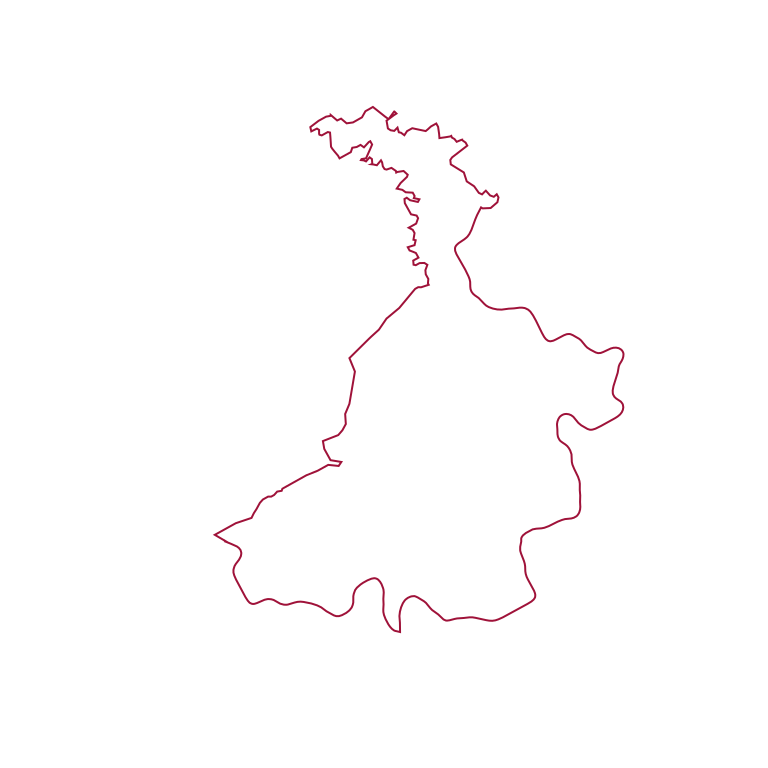 the district of Comendador, La Estrelleta, Dominican Republic, rotated 61°
{"feature_id": "3306468B70878351440693", "entity_name": "Comendador", "entity_type": "district", "adm_level": 2, "iso_a3": "DOM", "parent_name": "Dominican Republic", "parent_adm1": "La Estrelleta", "projection": "robinson", "projection_center": [-71.739, 18.919], "detail": "fine", "context": "isolated", "style": "outline", "palette": "rose", "viewbox_px": 768, "rotation_deg": 61, "n_neighbors": 0, "source": "geoboundaries", "source_scale": "gbopen_adm2", "svg_char_len": 6154}
<svg xmlns="http://www.w3.org/2000/svg" viewBox="0 0 768 768"><g transform="rotate(61 384 384)"><path d="M278.1,212.7L278.8,211.4L281.8,205.4L281.3,203.0L280.0,196.7L276.3,193.4L272.7,193.4L273.5,197.2L270.5,199.8L264.3,201.2L264.7,203.0L265.7,206.3L262.8,208.4L254.8,209.3L246.9,213.4L237.7,211.6L224.3,219.1L220.2,217.4L218.8,214.6L215.9,195.6L212.4,195.6L208.6,197.4L208.2,197.2L208.0,197.8L207.4,203.0L203.9,203.6L201.4,205.1L199.6,204.9L199.6,206.0L198.1,210.3L195.8,216.3L192.1,214.6L185.3,212.0L181.5,212.0L181.5,218.0L182.5,222.2L183.0,224.9L176.0,233.0L174.4,234.8L174.0,235.3L174.0,241.3L174.4,242.0L176.3,245.6L172.5,247.3L171.0,249.0L166.3,247.9L167.6,252.3L165.3,255.2L162.4,256.7L154.9,254.1L154.6,251.6L150.7,253.4L136.3,259.4L136.4,263.6L136.4,265.5L136.4,268.0L140.1,274.0L140.2,284.3L137.9,290.3L131.1,292.9L130.8,297.2L122.8,300.2L123.6,300.7L122.1,305.0L122.1,313.6L123.6,323.9L127.8,325.1L128.1,318.8L130.3,317.6L133.8,319.5L134.7,319.6L136.4,317.9L136.4,311.0L137.9,309.3L141.7,311.0L147.0,313.5L150.8,315.3L153.0,315.2L157.1,314.5L162.1,313.5L165.1,313.5L165.1,300.6L162.0,297.2L163.5,292.9L163.5,289.3L163.5,288.6L167.3,286.8L166.9,285.6L165.0,280.0L165.0,278.3L168.8,278.3L172.2,282.7L177.9,290.3L176.4,294.6L177.0,295.6L178.6,293.3L180.6,291.8L178.8,286.7L181.4,285.5L185.8,287.5L185.7,288.5L186.9,286.8L189.2,284.2L186.9,278.2L189.2,278.2L193.1,279.5L196.3,279.3L197.7,277.8L198.6,272.7L203.4,270.3L205.0,270.8L205.0,269.6L207.2,263.6L212.5,261.8L214.0,263.5L216.3,272.1L219.3,278.1L223.1,273.8L226.8,272.1L230.6,266.1L234.4,266.1L235.9,267.8L239.6,263.5L241.2,266.1L239.7,267.8L235.9,272.1L232.1,273.8L232.1,274.3L232.2,275.2L232.1,275.6L232.1,276.4L235.9,278.1L248.7,278.1L252.5,273.8L255.5,273.8L259.3,278.1L259.3,286.6L263.1,284.1L266.8,284.1L272.1,288.3L273.6,286.6L277.4,290.0L277.2,290.7L275.9,296.9L279.6,296.9L282.7,294.3L284.9,292.6L290.2,292.6L290.2,298.6L294.0,300.3L294.5,299.7L295.5,298.6L295.5,294.3L297.7,290.0L300.8,288.3L304.5,292.6L308.3,294.3L313.6,294.3L317.3,296.8L318.9,296.8L317.4,304.6L315.9,307.2L315.9,310.6L317.3,314.3L324.9,333.8L328.0,350.1L334.0,362.1L336.4,372.3L337.1,375.0L344.6,401.7L359.0,403.4L384.6,423.9L387.3,427.3L391.4,432.5L400.5,436.8L404.3,442.8L406.5,448.8L404.3,465.1L411.8,467.7L424.7,467.7L431.5,459.1L433.7,463.4L431.8,466.1L427.7,472.0L427.7,484.0L426.2,496.1L426.3,523.6L427.8,525.3L426.3,529.6L427.8,533.9L427.8,537.3L426.3,539.9L426.3,545.9L427.8,550.2L431.6,556.2L433.9,560.5L436.9,564.8L433.9,581.1L433.9,605.1L445.4,598.3L445.4,598.7L449.6,595.3L454.8,591.4L457.1,590.4L459.7,590.0L462.3,590.6L463.4,591.2L465.3,592.8L467.4,596.0L469.5,600.8L470.8,603.0L472.6,604.9L473.6,605.8L476.0,607.1L478.9,607.8L483.3,608.2L503.3,608.5L507.5,608.2L510.1,607.6L511.2,606.9L512.3,606.0L513.0,605.0L513.5,603.8L514.0,601.3L514.8,593.1L515.6,590.3L516.2,589.1L517.6,587.0L519.4,585.2L525.8,581.3L528.5,578.5L529.8,576.3L530.3,575.0L531.8,568.1L532.6,565.3L533.9,562.5L535.7,559.9L540.7,554.0L545.2,549.8L548.9,547.2L554.9,544.5L562.1,540.0L563.9,538.3L565.2,535.9L565.8,532.9L565.9,528.1L565.4,524.9L565.0,523.4L563.8,520.6L562.1,518.5L560.2,516.8L554.7,513.7L552.8,512.1L550.2,509.1L549.0,506.4L548.0,501.8L547.7,498.6L547.7,493.8L548.2,489.4L549.1,486.7L550.0,485.5L551.2,484.5L552.4,483.9L555.1,483.3L557.9,483.2L562.2,483.8L563.7,484.2L566.2,485.3L571.7,488.8L576.5,491.2L580.8,493.9L583.1,495.1L586.0,496.0L590.4,496.6L596.3,496.7L599.2,496.4L601.9,495.8L604.4,494.7L605.4,493.9L608.7,490.2L600.5,485.8L594.4,483.0L590.8,480.4L587.6,477.3L584.9,473.8L583.5,471.1L583.0,469.7L582.6,466.9L582.8,464.1L583.1,462.8L584.2,460.3L585.1,459.4L587.0,458.0L593.3,454.4L595.8,453.4L602.4,452.2L605.0,451.5L611.8,448.3L618.8,446.1L620.8,444.6L621.5,443.6L622.4,441.3L623.7,436.2L624.5,433.7L627.3,427.7L629.5,422.4L631.0,419.7L632.9,417.3L640.1,409.1L642.0,406.7L643.6,404.1L644.7,401.2L645.3,398.0L645.7,393.2L645.9,365.1L645.7,360.5L645.1,357.7L644.5,356.4L643.7,355.2L642.6,354.4L641.5,353.8L640.2,353.4L637.6,353.0L624.6,352.9L621.7,352.7L618.8,352.1L616.3,351.2L611.8,348.9L609.3,348.0L606.7,347.4L598.6,346.3L595.9,345.7L594.7,345.1L592.4,343.8L588.4,340.4L585.7,338.9L584.9,338.1L583.8,336.0L583.1,332.1L583.2,324.5L584.4,320.9L586.6,316.2L587.5,313.4L588.2,308.7L588.6,298.9L589.2,294.2L589.9,291.2L592.4,285.4L593.0,282.8L593.0,280.0L592.7,278.6L591.5,276.2L590.7,275.2L588.9,273.4L586.7,271.9L582.2,269.7L576.6,266.4L571.7,264.2L566.2,261.1L563.6,260.1L559.3,259.3L550.3,258.8L545.9,258.3L543.2,257.5L536.4,254.1L532.5,253.4L529.8,253.4L527.2,253.8L524.8,254.7L521.7,256.3L519.5,257.3L518.2,257.6L515.6,257.6L514.3,257.4L512.0,256.6L507.6,254.3L504.1,252.7L502.9,252.1L500.9,250.5L499.2,248.5L498.5,247.3L497.9,246.1L497.6,244.6L497.5,243.2L497.6,241.7L498.0,240.3L498.6,239.0L500.1,237.0L502.1,235.4L504.5,234.3L512.2,232.9L515.8,231.5L522.0,227.8L523.8,226.1L524.5,224.9L525.0,223.6L525.6,220.8L525.9,214.7L525.9,198.5L525.7,195.4L525.1,192.3L524.0,189.7L522.4,187.6L520.4,186.0L517.9,185.1L516.7,185.0L514.2,185.4L509.2,188.0L506.9,188.7L504.3,188.7L503.1,188.4L500.5,187.1L497.1,184.3L487.5,174.2L482.4,170.1L480.9,168.3L479.1,165.1L477.7,163.1L476.0,161.4L473.9,160.0L472.6,159.6L471.3,159.5L470.0,159.6L468.7,160.0L466.5,161.3L464.8,163.3L463.6,165.6L462.9,168.4L462.3,176.8L461.9,179.4L460.8,181.8L459.1,183.5L454.1,186.8L450.7,188.6L448.2,189.3L441.5,190.5L439.1,191.4L432.8,195.2L430.9,196.7L430.1,197.7L429.5,198.9L429.0,200.2L428.6,203.1L428.4,212.1L428.2,214.9L427.4,217.6L426.6,218.7L425.5,219.7L423.1,220.7L420.4,221.1L416.0,221.1L402.2,220.4L396.2,220.4L391.7,220.9L389.0,221.8L386.8,223.3L385.8,224.1L384.2,226.2L382.9,228.6L380.9,233.6L378.6,238.4L376.0,245.0L373.7,248.8L370.8,252.2L367.5,255.1L365.0,256.6L362.4,257.5L354.7,259.5L350.4,261.6L348.1,262.4L345.5,262.7L343.0,262.3L340.8,261.4L336.4,259.1L333.7,258.3L330.8,257.9L323.3,257.5L305.7,257.7L302.0,257.2L299.7,256.1L298.8,255.3L298.1,254.2L297.6,253.0L297.0,250.5L296.4,243.6L295.9,240.8L295.5,239.4L294.2,236.6L291.5,232.7L284.3,224.4L281.4,220.7L276.6,213.5L278.1,212.7ZM154.6,251.6L153.7,245.1L153.5,242.0L150.7,242.8L150.6,243.0L154.6,251.6Z" fill="none" stroke="#9f1239" stroke-width="2"/></g></svg>